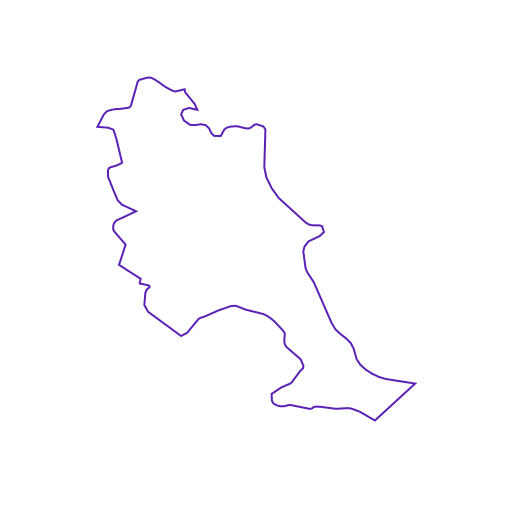 map outline of Jutiapa (Equal Earth projection), rotated 289°
{"feature_id": "GTM-1962", "entity_name": "Jutiapa", "entity_type": "Department", "adm_level": 1, "iso_a3": "GTM", "parent_name": "Guatemala", "parent_adm1": "", "projection": "equal_earth", "projection_center": [-89.89, 14.155], "detail": "fine", "context": "isolated", "style": "outline", "palette": "violet", "viewbox_px": 512, "rotation_deg": 289, "n_neighbors": 0, "source": "natural_earth", "source_scale": "10m", "svg_char_len": 2323}
<svg xmlns="http://www.w3.org/2000/svg" viewBox="0 0 512 512"><g transform="rotate(289 256 256)"><path d="M305.5,305.7L305.7,306.4L305.6,308.9L300.7,312.4L295.7,309.8L286.9,300.9L280.8,298.8L275.8,299.2L260.9,306.7L257.3,309.7L250.1,319.1L217.7,348.9L212.7,354.7L209.8,361.0L207.6,367.6L204.5,374.0L200.3,378.4L191.1,384.8L187.0,390.3L184.3,396.8L182.5,404.0L181.7,411.4L181.9,418.5L187.2,448.0L139.2,422.0L140.4,415.8L142.6,404.5L142.8,396.3L142.5,394.2L141.9,391.9L137.6,381.5L134.3,365.7L133.2,362.0L132.2,359.9L130.5,358.8L129.8,358.2L129.3,357.3L128.9,356.3L126.4,337.5L125.9,335.7L124.2,333.3L123.1,331.5L121.9,328.2L121.7,326.6L121.6,324.2L122.0,321.6L122.5,320.0L124.6,318.0L130.7,315.7L140.2,322.9L146.7,330.1L148.4,331.0L161.7,335.2L165.1,337.0L166.5,336.8L167.6,336.6L172.9,331.8L178.1,318.8L180.2,313.8L181.4,312.6L183.3,311.1L187.2,309.7L191.8,308.6L192.5,308.2L194.5,305.4L200.3,294.4L202.1,289.4L203.1,285.5L203.4,282.9L203.5,281.5L201.9,263.5L202.4,253.5L200.8,249.0L192.6,238.5L182.1,227.2L179.8,224.1L178.5,222.7L176.5,221.7L160.9,215.9L156.0,211.2L168.1,172.2L172.5,167.2L173.3,166.4L185.0,163.4L188.8,163.6L190.4,164.7L192.1,165.5L192.8,165.0L193.2,163.6L192.2,155.0L196.9,154.3L203.0,129.4L224.3,129.0L232.4,115.1L233.8,113.1L234.7,112.4L236.0,111.8L238.3,111.2L239.8,111.1L241.2,111.2L242.2,111.5L243.1,111.9L244.2,112.5L259.2,128.0L260.9,112.4L263.8,106.9L270.6,100.8L277.1,95.2L282.6,90.4L289.2,88.0L291.6,88.6L292.9,90.0L294.0,91.7L296.2,94.7L299.9,98.6L300.6,99.0L321.6,85.7L328.9,80.1L329.1,78.6L329.1,74.1L326.5,64.0L340.1,66.0L344.3,67.9L345.0,68.7L347.4,72.1L349.3,75.7L350.9,79.8L354.7,87.2L355.9,88.3L357.2,88.8L382.5,87.4L384.6,88.4L389.3,95.2L390.3,98.4L390.2,100.4L389.9,102.8L388.3,109.0L387.3,111.9L386.2,116.3L385.3,121.5L385.1,123.9L385.2,125.6L385.4,126.3L385.8,127.1L390.2,133.9L390.4,134.2L388.0,135.4L379.7,148.6L375.1,152.9L374.2,144.5L370.5,139.6L365.5,139.1L360.7,143.7L358.5,150.9L360.0,156.0L362.5,160.5L363.4,165.8L361.3,170.2L357.9,173.4L355.9,177.2L358.0,183.6L365.1,184.8L367.4,186.2L369.3,188.6L370.3,190.3L372.3,195.2L372.7,197.3L373.3,204.3L374.0,207.2L375.4,209.1L379.7,211.9L380.8,213.8L380.9,220.8L378.7,223.7L342.5,235.0L333.6,240.3L325.1,248.9L318.3,258.5L303.9,291.9L303.0,295.6L303.3,299.1L305.5,305.7Z" fill="none" stroke="#5b21b6" stroke-width="2"/></g></svg>